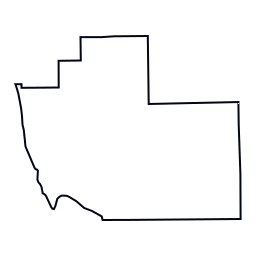 outline of Collier, Florida, United States of America
{"feature_id": "52423323B17101546722120", "entity_name": "Collier", "entity_type": "district", "adm_level": 2, "iso_a3": "USA", "parent_name": "United States of America", "parent_adm1": "Florida", "projection": "orthographic", "projection_center": [-81.588, 26.16], "detail": "fine", "context": "isolated", "style": "outline", "palette": "ink", "viewbox_px": 256, "rotation_deg": 0, "n_neighbors": 0, "source": "geoboundaries", "source_scale": "gbopen_adm2", "svg_char_len": 695}
<svg xmlns="http://www.w3.org/2000/svg" viewBox="0 0 256 256"><path d="M80.5,37.1L80.8,60.5L58.6,60.8L58.7,87.5L38.4,87.7L36.5,87.7L21.5,87.8L21.5,84.2L15.4,84.2L15.7,84.8L18.3,93.4L21.1,108.3L22.0,115.9L22.5,124.7L23.8,130.1L25.5,146.5L34.5,167.7L35.6,169.2L37.2,169.7L37.9,170.8L37.4,179.5L38.4,182.3L40.1,184.2L41.5,186.9L42.7,193.2L44.8,194.5L45.9,195.7L51.3,207.2L52.4,208.7L53.9,209.1L55.3,206.2L57.3,198.8L59.5,196.7L61.8,195.6L62.8,195.6L66.7,195.8L68.7,196.6L76.2,201.1L84.2,208.0L91.8,210.9L101.7,216.4L102.6,220.0L131.4,219.9L240.6,219.0L240.4,174.2L238.7,124.4L238.4,102.0L148.7,104.0L147.8,36.0L114.1,36.3L102.0,37.1L80.5,37.1Z" fill="none" stroke="#020617" stroke-width="2"/></svg>